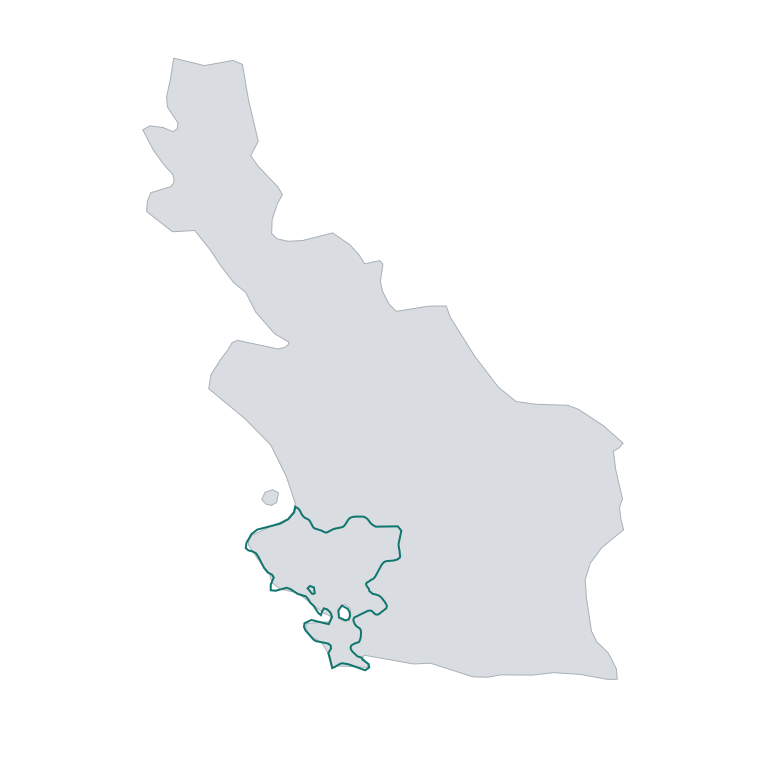 Tavush highlighted on a map of Armenia, rotated 191°
{"feature_id": "ARM-1670", "entity_name": "Tavush", "entity_type": "Province", "adm_level": 1, "iso_a3": "ARM", "parent_name": "Armenia", "parent_adm1": "", "projection": "equal_earth", "projection_center": [45.046, 40.964], "detail": "fine", "context": "in_parent", "style": "outline", "palette": "teal", "viewbox_px": 768, "rotation_deg": 191, "n_neighbors": 0, "source": "natural_earth", "source_scale": "10m", "svg_char_len": 4234}
<svg xmlns="http://www.w3.org/2000/svg" viewBox="0 0 768 768"><g transform="rotate(191 384 384)"><path d="M337.9,472.5L331.7,462.2L300.2,428.5L271.0,402.6L251.0,392.0L230.8,393.1L199.4,398.2L187.9,396.1L160.7,384.9L138.0,371.5L141.2,365.9L146.0,361.9L140.4,344.6L127.9,316.6L129.3,307.9L125.4,295.8L121.0,286.7L139.0,264.9L147.3,247.5L149.2,230.4L144.5,212.7L133.1,180.8L125.9,171.5L112.6,162.8L101.5,148.7L98.7,138.6L108.2,136.7L135.8,136.4L162.5,133.0L183.5,126.4L213.8,120.8L226.3,115.9L240.9,113.5L285.2,118.8L301.7,114.8L351.6,114.0L352.9,111.9L346.1,105.2L346.2,102.7L375.8,98.4L380.4,95.2L384.3,105.9L395.4,117.8L407.6,122.6L414.2,129.1L414.5,134.1L392.9,140.1L391.5,143.1L392.9,146.1L399.3,147.6L429.5,162.5L446.7,162.8L455.8,167.4L460.4,176.3L474.8,188.4L486.3,200.2L487.0,204.3L484.9,210.3L452.7,233.4L448.7,241.3L448.2,249.7L462.4,274.8L483.3,302.3L513.5,323.2L555.1,345.9L555.7,359.9L549.2,376.6L543.6,388.0L541.0,395.7L536.0,398.9L494.6,398.2L488.4,400.9L485.6,404.2L485.4,407.0L500.4,412.1L523.6,430.0L537.1,447.4L551.1,455.0L566.8,468.9L579.4,481.8L599.0,498.6L620.7,493.1L649.9,508.0L651.2,518.1L649.5,527.2L631.2,537.0L628.9,541.1L629.0,544.6L631.4,549.4L642.2,557.5L654.9,569.5L669.3,587.5L663.0,592.8L649.7,593.6L639.3,591.4L635.7,595.0L636.0,600.9L649.5,614.6L652.2,624.6L651.8,641.9L652.6,663.7L621.0,662.3L594.1,672.8L583.9,670.7L577.0,652.1L571.2,637.0L553.8,598.4L558.4,582.6L548.8,573.5L525.7,557.1L519.8,550.3L523.0,541.0L525.2,524.0L523.0,510.3L516.8,506.1L505.3,505.8L491.3,509.3L463.3,522.5L443.8,514.0L432.6,505.5L426.1,498.3L411.5,504.3L407.9,501.4L407.1,483.7L402.8,474.2L394.0,463.1L385.8,457.7L355.9,468.7L337.9,472.5ZM384.4,157.5L385.3,151.2L384.0,145.5L379.1,143.7L373.2,145.2L372.7,151.5L374.6,157.5L380.5,160.2L384.4,157.5ZM480.1,255.0L473.2,258.9L466.8,257.1L466.8,247.3L471.4,243.4L476.8,243.6L481.9,247.1L480.1,255.0Z" fill="#d9dde1" stroke="#a8b0b8" stroke-width="1"/><path d="M365.3,102.1L372.1,101.9L374.3,100.4L378.4,96.8L380.6,95.3L387.3,109.3L385.5,114.3L386.5,117.2L389.5,118.6L401.3,118.6L404.4,119.6L413.8,126.9L416.2,130.2L416.4,134.0L410.2,138.5L392.4,137.7L390.5,145.3L392.8,149.3L396.7,151.9L400.2,152.3L401.3,149.4L401.8,145.1L404.8,146.7L410.7,152.8L414.4,155.1L417.2,158.1L420.2,160.6L428.7,161.5L436.6,164.8L440.7,165.4L449.1,161.3L450.8,160.4L455.8,159.9L456.9,165.5L455.3,173.1L457.6,175.5L460.1,176.2L461.9,176.7L466.7,180.6L474.4,190.5L477.3,193.4L481.0,194.5L485.3,194.8L488.4,196.5L488.7,201.7L485.4,211.5L480.6,216.9L466.6,223.6L459.3,227.1L452.3,232.9L447.7,240.9L447.7,246.6L444.2,245.3L441.9,243.1L440.3,240.8L438.3,238.9L437.1,238.1L436.0,237.5L432.8,236.7L431.8,236.2L430.8,235.5L426.6,230.4L425.6,229.4L423.9,228.9L417.6,228.2L414.0,227.2L412.9,227.0L411.7,227.4L406.4,231.6L404.9,232.5L397.9,235.4L396.9,236.1L396.1,237.1L395.4,238.3L393.2,243.9L392.6,245.0L391.8,245.9L390.9,246.7L389.8,247.3L387.2,248.3L379.6,249.8L378.2,249.7L376.8,249.4L374.8,248.5L373.7,247.7L371.4,245.6L370.2,244.6L367.5,243.2L364.8,242.4L343.3,246.9L339.0,243.3L339.2,229.5L337.7,224.9L337.0,223.5L336.1,220.4L335.6,219.0L335.3,217.8L335.3,216.7L336.6,215.1L337.9,214.0L341.3,212.4L347.5,210.7L348.8,210.1L349.9,209.2L350.9,207.8L351.9,205.9L355.7,193.7L356.5,192.0L357.3,190.8L358.1,190.1L358.9,189.6L359.5,189.1L361.0,187.4L362.1,186.5L363.1,185.5L363.5,184.3L362.5,182.4L360.4,180.6L359.7,179.8L358.9,178.1L358.4,177.6L356.2,176.6L355.7,176.2L355.0,175.9L354.4,175.8L351.9,175.8L349.3,175.5L348.1,175.1L345.8,173.9L341.3,169.9L339.6,167.9L338.9,166.8L338.8,165.5L339.1,164.1L345.0,157.3L346.1,156.5L347.2,156.2L348.5,156.3L349.7,156.9L352.0,158.5L353.4,159.0L355.0,158.9L356.9,158.0L368.6,149.1L369.1,147.5L368.8,145.7L366.7,142.5L364.8,141.0L362.9,140.1L361.4,139.6L360.1,138.4L359.2,136.0L358.5,131.1L358.8,127.9L359.2,126.2L360.0,125.5L362.6,124.1L365.1,122.2L366.0,121.3L366.4,120.2L366.5,119.0L366.1,117.6L364.3,115.6L358.2,111.6L353.8,111.1L352.6,109.4L345.8,106.2L344.4,102.9L347.9,99.4L365.3,102.1ZM383.0,158.5L385.6,153.0L383.6,146.3L376.5,144.6L373.7,146.5L373.1,149.8L374.2,153.4L376.5,156.3L383.0,158.5ZM418.1,171.6L420.0,168.9L414.8,164.5L414.0,164.4L413.3,164.5L412.7,164.8L412.1,165.4L413.9,170.9L418.1,171.6Z" fill="none" stroke="#0f766e" stroke-width="2"/></g></svg>